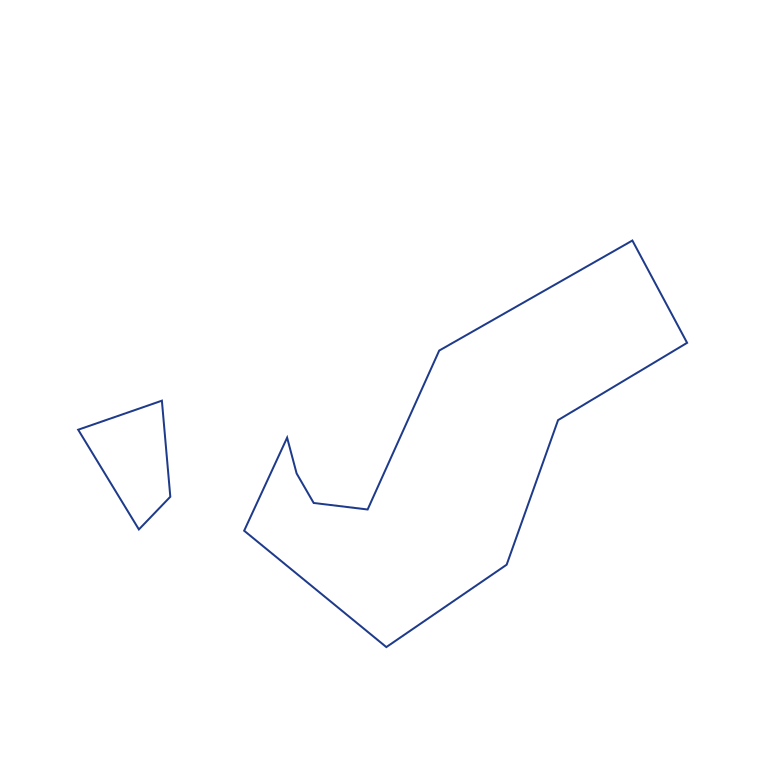 SVG path tracing the border of Va'a-o-Fonoti, rotated 301°
{"feature_id": "WSM-4988", "entity_name": "Va'a-o-Fonoti", "entity_type": "state/province", "adm_level": 1, "iso_a3": "WSM", "parent_name": "Samoa", "parent_adm1": "", "projection": "robinson", "projection_center": [-171.557, -13.938], "detail": "fine", "context": "isolated", "style": "outline", "palette": "blue", "viewbox_px": 768, "rotation_deg": 301, "n_neighbors": 0, "source": "natural_earth", "source_scale": "10m", "svg_char_len": 371}
<svg xmlns="http://www.w3.org/2000/svg" viewBox="0 0 768 768"><g transform="rotate(301 384 384)"><path d="M288.1,328.6L262.3,355.2L245.8,385.0L268.0,434.6L441.1,414.1L634.9,523.0L575.4,622.6L442.7,551.8L292.3,582.2L159.7,521.5L186.2,339.7L288.1,328.6ZM187.3,145.4L255.3,202.2L177.3,258.9L133.1,248.8L187.3,145.4Z" fill="none" stroke="#1e3a8a" stroke-width="2"/></g></svg>